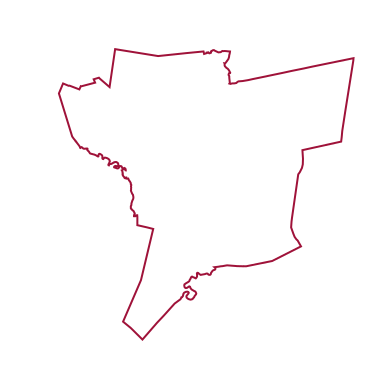 Ommen, Overijssel, Netherlands (Albers equal-area conic projection), rotated 97°
{"feature_id": "6326949B52754123611932", "entity_name": "Ommen", "entity_type": "district", "adm_level": 2, "iso_a3": "NLD", "parent_name": "Netherlands", "parent_adm1": "Overijssel", "projection": "albers", "projection_center": [6.449, 52.51], "detail": "fine", "context": "isolated", "style": "outline", "palette": "rose", "viewbox_px": 384, "rotation_deg": 97, "n_neighbors": 0, "source": "geoboundaries", "source_scale": "gbopen_adm2", "svg_char_len": 5867}
<svg xmlns="http://www.w3.org/2000/svg" viewBox="0 0 384 384"><g transform="rotate(97 192 192)"><path d="M100.0,333.2L110.4,336.1L151.5,317.7L153.4,316.0L154.9,314.4L154.9,314.5L155.6,313.9L157.2,312.2L157.5,311.9L160.5,309.0L161.8,308.4L161.9,308.2L161.6,307.9L161.2,307.6L160.9,307.1L161.0,306.8L162.1,305.2L162.2,304.7L162.2,304.1L161.9,302.9L161.9,302.6L161.6,301.5L161.7,301.1L162.0,300.9L162.9,301.1L163.2,300.9L164.0,299.9L164.2,299.5L165.9,298.1L166.2,297.7L166.7,294.2L166.7,293.9L166.8,293.4L167.2,292.0L167.5,291.3L168.1,290.0L168.2,289.6L168.1,289.3L167.9,289.2L166.6,289.3L165.9,289.1L165.6,288.9L165.4,288.6L165.4,288.3L165.4,288.0L165.9,286.8L166.2,286.2L166.7,285.7L167.4,285.3L169.4,285.1L170.0,284.7L170.1,284.1L169.0,283.4L168.6,283.0L168.5,282.7L168.5,281.8L168.6,281.3L168.7,280.7L168.9,280.0L169.5,278.7L169.9,278.3L170.4,277.8L171.0,277.5L171.5,277.3L172.1,277.4L172.3,277.5L172.5,277.6L173.4,277.7L174.8,278.3L175.3,278.3L175.6,278.1L175.7,277.7L174.8,277.4L174.5,277.2L174.3,277.0L174.2,276.7L174.0,275.9L173.9,275.3L173.1,274.4L172.6,273.7L172.5,273.4L172.4,273.2L172.1,273.1L171.8,272.4L171.6,271.9L171.5,270.6L171.6,270.3L172.0,269.8L172.3,269.1L172.5,269.0L173.0,268.7L173.5,268.6L174.6,268.2L174.9,268.2L175.3,268.6L175.4,269.0L175.5,270.2L175.5,270.5L175.4,270.8L175.5,271.3L175.7,271.7L176.0,272.1L176.4,272.3L176.7,272.4L177.0,272.3L177.1,272.1L177.2,271.3L177.7,269.2L177.7,268.9L177.5,268.2L177.3,267.9L176.3,267.4L175.8,267.1L175.0,266.5L175.0,266.2L175.0,265.6L175.1,265.2L175.4,264.9L176.6,264.2L176.8,264.0L177.1,263.6L177.1,263.4L177.0,263.2L176.4,262.2L176.6,261.9L176.6,261.5L176.9,261.0L177.6,260.6L178.6,260.4L178.6,260.6L177.8,261.3L177.5,261.8L177.3,262.2L177.3,262.4L177.3,262.7L177.6,262.9L177.7,263.1L177.8,263.4L177.7,263.7L178.0,263.6L178.6,263.7L178.7,263.9L178.8,264.0L179.2,264.0L179.4,263.9L179.4,263.7L179.6,263.7L179.6,263.9L180.0,263.6L180.8,263.4L181.0,263.3L181.6,263.3L181.8,263.0L183.2,262.9L183.4,263.0L183.5,262.9L183.5,262.7L183.9,262.6L184.1,262.4L184.7,262.1L185.4,261.2L186.2,260.7L186.4,260.4L186.5,260.1L186.5,259.9L185.7,259.4L185.6,259.2L185.6,258.9L185.9,258.8L186.5,258.9L186.7,258.7L186.6,257.1L186.5,256.9L188.2,255.9L188.5,255.6L188.6,255.4L189.4,254.7L190.7,253.8L191.5,253.8L192.4,253.1L192.7,253.1L193.6,253.3L194.9,252.9L196.0,252.9L197.4,252.7L197.9,252.8L198.2,252.8L201.1,251.1L201.9,250.3L203.7,249.7L204.5,249.5L205.9,249.5L207.2,249.9L207.5,250.1L210.7,250.7L212.4,250.6L213.2,250.9L213.6,251.0L214.4,250.8L215.4,250.8L216.1,250.4L216.5,249.7L216.9,249.4L217.4,248.8L217.9,247.8L219.6,246.6L220.3,246.2L221.2,246.5L222.3,246.7L223.1,246.6L223.1,246.4L222.9,245.2L222.2,244.9L221.9,244.5L221.9,244.1L222.2,243.8L222.0,243.5L223.3,243.2L231.6,242.2L232.6,232.3L233.4,226.0L285.7,231.9L329.1,244.6L334.5,236.1L344.5,223.2L326.1,210.8L317.8,204.7L305.5,196.1L304.8,195.6L300.9,191.5L300.1,190.6L299.4,190.2L298.6,189.9L297.8,189.7L297.7,189.3L297.6,189.0L297.1,188.8L296.3,188.3L295.3,188.3L294.9,188.1L294.0,188.1L292.9,187.5L292.4,186.8L291.8,185.8L291.5,184.5L291.6,183.9L291.7,183.5L292.3,183.0L293.1,183.1L295.6,184.7L295.9,184.8L296.6,184.8L297.5,184.4L298.0,183.7L298.5,182.9L298.8,181.9L299.0,180.7L299.0,180.3L298.5,178.9L298.2,178.7L297.9,178.2L297.4,178.0L297.1,177.7L296.6,177.5L296.2,177.1L294.9,176.7L293.2,175.6L292.5,175.4L292.3,175.4L291.8,175.6L291.0,176.1L290.5,176.5L290.3,176.8L290.0,177.8L289.6,178.7L288.9,180.3L288.6,180.7L288.1,181.3L287.5,181.8L286.3,182.4L286.1,182.8L286.0,183.1L286.1,183.4L287.2,184.6L287.7,185.2L287.8,185.5L288.1,186.3L288.1,186.5L288.0,186.9L287.5,187.6L287.0,187.9L285.7,188.3L285.2,188.3L284.6,188.2L283.4,186.9L281.7,184.7L280.9,183.9L280.2,183.6L279.3,183.5L278.3,182.9L277.0,182.6L276.6,182.4L276.2,182.1L276.0,181.7L276.0,181.3L276.2,180.9L276.5,180.6L276.6,179.5L277.3,177.9L277.2,177.6L275.9,176.9L275.3,176.7L273.9,176.8L272.3,177.2L271.9,177.1L271.6,176.9L271.5,176.6L271.6,176.0L271.7,175.8L272.2,175.2L272.5,174.8L273.1,173.5L273.2,173.3L273.1,172.9L272.9,172.4L272.7,171.7L271.9,169.1L271.4,168.2L271.1,167.4L271.1,167.0L271.2,166.5L271.4,166.2L271.8,165.9L272.0,165.5L272.1,165.1L272.1,164.5L272.0,164.0L271.8,163.7L271.4,163.4L270.4,163.3L269.9,163.2L267.9,162.1L267.2,161.5L267.0,161.2L266.5,160.1L266.2,159.7L265.9,159.5L265.4,159.4L264.6,159.6L264.4,159.7L263.9,160.5L262.9,156.6L262.2,154.3L261.9,152.8L260.6,148.6L260.5,148.0L260.1,139.3L260.1,138.4L259.6,133.4L259.5,132.0L259.4,131.9L259.1,129.1L250.7,104.0L232.7,77.2L227.3,81.2L226.2,82.7L224.0,84.7L220.9,86.4L215.1,89.3L209.3,89.6L205.4,89.6L161.5,88.7L159.2,87.4L154.7,85.8L151.1,85.4L145.5,85.9L137.0,87.5L123.8,50.1L119.4,50.1L113.0,50.3L93.1,49.7L41.9,47.9L39.5,48.0L53.0,88.2L55.7,95.9L59.7,107.9L62.5,115.9L67.8,131.5L68.0,132.0L72.5,145.4L74.1,149.9L75.7,155.3L76.5,159.2L76.8,159.7L77.1,160.2L78.4,161.3L79.0,163.1L79.3,165.3L79.9,166.7L80.0,166.9L79.8,168.1L79.4,167.9L78.9,167.8L74.6,168.8L73.0,169.1L72.6,169.1L71.9,169.5L71.5,169.9L71.1,170.0L69.7,169.8L69.4,169.4L69.3,168.7L69.0,168.6L67.0,169.9L65.8,171.0L65.3,171.6L64.5,173.1L63.1,174.7L62.2,175.1L60.8,175.2L60.3,175.5L60.3,175.1L60.3,174.9L60.0,174.6L59.6,174.3L55.6,172.1L53.6,171.7L51.4,171.7L50.4,171.5L49.0,171.4L47.9,171.4L48.0,173.3L48.0,175.2L48.1,176.9L48.4,178.2L48.3,178.8L48.5,179.3L49.2,180.0L49.5,180.3L49.8,180.9L49.8,181.1L50.0,181.9L50.1,182.5L50.2,182.8L49.0,186.5L48.5,187.5L48.6,187.8L48.6,188.2L48.7,188.5L49.5,189.3L49.6,189.9L50.5,190.3L50.9,190.3L51.2,190.1L51.4,190.1L51.5,190.3L52.0,191.1L52.2,191.4L52.2,191.8L52.1,192.1L51.6,192.5L51.6,192.8L51.4,193.0L51.5,193.2L51.8,194.3L52.3,194.2L53.5,196.8L51.1,197.7L54.8,214.4L61.2,242.2L59.6,285.7L97.9,286.6L90.6,297.5L89.9,298.3L92.1,303.3L95.3,301.5L100.6,314.8L100.7,315.0L100.6,315.3L103.9,316.3L101.4,326.4L101.4,326.7L101.6,327.2L101.6,327.5L100.0,333.2Z" fill="none" stroke="#9f1239" stroke-width="2"/></g></svg>